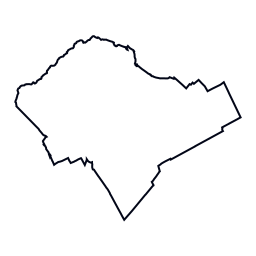 outline of Merei, Buzau, Romania
{"feature_id": "2599482B56691753732557", "entity_name": "Merei", "entity_type": "district", "adm_level": 2, "iso_a3": "ROU", "parent_name": "Romania", "parent_adm1": "Buzau", "projection": "orthographic", "projection_center": [26.654, 45.125], "detail": "fine", "context": "isolated", "style": "outline", "palette": "ink", "viewbox_px": 256, "rotation_deg": 0, "n_neighbors": 0, "source": "geoboundaries", "source_scale": "gbopen_adm2", "svg_char_len": 5305}
<svg xmlns="http://www.w3.org/2000/svg" viewBox="0 0 256 256"><path d="M222.9,131.1L222.7,130.8L222.6,130.5L222.3,129.9L222.2,129.1L222.3,128.5L222.5,128.0L222.4,127.8L222.2,127.7L222.1,127.4L240.6,117.4L232.7,100.9L228.9,93.0L228.9,92.9L226.4,87.6L223.8,82.2L220.6,84.6L220.1,84.9L212.7,88.5L207.6,91.2L204.8,86.3L201.6,83.1L198.6,79.9L193.9,83.8L192.6,82.6L190.9,84.7L189.6,84.1L186.2,88.4L184.7,87.0L182.6,85.0L179.8,82.5L176.9,79.9L174.2,77.6L173.8,78.8L169.6,77.2L168.8,78.0L168.3,78.2L167.6,78.4L166.9,78.4L160.6,78.3L160.1,78.4L158.5,78.0L156.7,77.7L155.5,77.4L153.6,76.7L153.1,76.3L151.9,76.2L151.7,76.0L151.5,75.6L151.4,75.5L151.0,75.5L150.4,75.0L150.5,74.6L150.0,74.3L149.0,73.9L148.5,73.8L148.4,73.7L146.0,71.9L143.5,70.1L142.3,69.3L140.3,67.7L139.9,67.4L138.8,66.4L137.9,65.8L137.4,66.1L136.9,66.1L137.1,64.7L137.1,64.4L136.9,64.3L135.8,65.3L135.7,65.3L135.5,65.1L135.5,64.9L135.5,64.1L135.2,63.9L134.9,63.7L135.1,63.0L135.5,61.4L135.5,59.3L135.4,58.8L135.0,58.2L134.7,57.1L134.6,56.5L134.6,55.0L134.4,53.7L134.0,52.4L133.7,51.5L134.1,51.3L133.7,50.6L133.1,50.0L131.9,49.4L131.1,48.9L129.8,48.1L128.4,46.6L128.2,46.3L127.9,46.0L127.7,46.3L127.3,46.7L126.6,47.2L127.5,49.8L127.0,49.6L126.5,49.2L125.8,47.9L125.1,47.0L124.2,47.0L123.9,46.7L123.7,46.6L123.2,46.6L121.7,46.0L120.4,45.5L119.0,44.8L117.4,45.3L117.2,45.9L116.2,46.3L115.8,46.2L115.4,45.7L115.0,45.7L114.5,45.4L114.2,44.6L113.8,43.8L113.6,43.6L113.8,43.0L113.9,42.6L112.6,41.9L112.2,41.7L111.9,41.7L111.3,41.5L109.7,41.0L107.2,40.1L106.2,39.6L105.5,39.7L105.1,39.7L104.5,39.6L103.9,39.8L103.3,39.6L102.9,39.4L102.1,39.4L101.6,39.7L101.4,39.8L101.2,39.8L101.0,39.6L100.7,39.6L100.0,39.6L99.9,39.7L100.2,39.1L99.9,38.7L99.3,38.3L99.1,38.0L98.8,37.8L98.5,37.6L98.1,37.4L97.7,37.4L97.6,37.6L97.5,37.9L97.3,38.0L97.0,37.8L96.7,37.8L96.4,37.7L95.2,37.1L94.0,36.2L93.4,36.2L92.9,36.3L92.6,36.4L91.1,38.0L90.6,38.4L90.4,38.6L90.1,39.4L89.7,39.9L89.5,40.0L88.8,40.0L88.4,40.1L87.4,40.7L86.6,41.6L85.4,42.5L85.1,42.3L84.8,42.3L84.0,42.7L83.6,42.8L83.4,42.8L83.2,42.6L83.1,42.2L82.9,41.5L83.0,41.5L82.5,40.8L82.1,40.5L81.2,40.3L80.4,40.3L80.0,40.4L78.7,41.2L78.0,41.4L77.2,41.6L76.6,42.1L76.5,42.4L76.3,42.9L76.2,43.1L75.9,43.3L74.8,43.7L74.6,43.8L74.5,44.1L74.4,44.7L73.9,45.4L73.8,45.9L73.9,46.8L73.0,48.2L72.7,48.3L71.8,48.4L71.3,48.5L70.9,48.7L68.9,49.8L68.3,50.1L67.9,50.6L67.7,51.3L67.6,51.5L67.1,51.8L66.9,52.0L67.1,52.9L67.1,53.1L66.9,53.3L66.0,53.6L65.9,53.8L65.3,54.3L64.6,54.7L64.2,54.9L64.0,55.0L63.9,55.7L63.4,56.1L63.3,56.4L63.1,56.6L62.5,56.6L62.3,56.6L60.8,57.1L59.9,57.7L59.5,57.8L59.2,58.0L59.0,58.7L58.1,59.4L57.9,59.6L57.4,60.8L57.2,61.4L57.0,62.1L56.8,62.7L55.8,63.8L55.5,64.6L54.7,65.3L54.2,65.6L52.8,65.8L52.5,65.8L51.9,65.7L51.2,65.7L51.0,65.8L50.7,66.0L50.4,66.4L50.1,66.7L50.1,67.2L50.0,67.4L49.2,68.0L48.5,69.0L47.7,70.2L47.2,70.5L47.0,70.8L46.9,71.3L46.9,71.8L47.0,72.6L46.9,73.2L46.5,73.4L45.8,73.5L42.7,75.7L42.6,76.1L42.4,76.4L41.6,77.0L41.4,77.3L41.4,78.0L41.4,78.5L41.1,78.9L40.8,79.0L39.9,79.1L39.3,79.4L38.7,79.9L38.0,80.3L37.3,80.7L37.1,80.9L36.6,82.1L36.3,82.6L35.4,83.3L35.2,83.4L34.6,83.5L34.4,83.4L34.1,82.8L34.0,82.7L33.5,82.3L33.2,82.3L32.8,82.9L32.1,83.6L31.6,84.3L31.4,84.4L30.9,84.4L29.3,84.1L28.6,84.1L27.5,84.2L26.9,84.1L26.1,84.4L25.4,84.4L25.2,84.5L24.5,85.3L24.0,85.4L23.2,85.4L22.8,85.5L22.4,85.5L21.7,85.6L20.6,86.2L20.4,86.6L19.9,87.0L19.4,88.0L18.3,88.5L18.1,88.8L17.5,90.3L18.4,93.1L17.4,95.1L17.1,96.5L17.1,96.8L16.7,97.6L16.6,98.1L16.6,98.5L15.8,100.3L15.4,101.4L15.4,101.7L15.4,102.1L15.8,102.3L16.0,102.7L16.2,104.3L16.5,105.6L16.4,106.3L26.9,117.0L35.8,126.1L38.6,128.9L39.4,130.3L41.8,133.1L43.0,134.7L44.1,135.4L44.9,135.6L45.8,136.0L46.6,136.8L46.4,136.9L45.8,136.8L45.5,137.1L45.4,137.3L45.2,137.9L43.0,140.9L42.9,141.1L43.2,141.7L43.2,142.2L43.6,143.1L44.3,144.3L43.7,144.7L44.4,145.5L45.3,146.1L45.7,147.1L46.0,147.5L46.2,149.2L46.7,149.8L47.1,150.4L47.6,151.1L48.3,151.9L48.3,152.2L48.4,152.3L48.5,152.6L48.7,152.8L48.8,153.4L48.9,153.9L48.9,154.3L49.3,155.2L49.8,156.6L50.3,155.1L50.6,155.5L50.4,156.4L52.3,160.9L52.4,161.1L52.7,161.5L53.3,162.9L54.1,164.8L55.4,163.8L58.3,162.0L58.8,161.9L59.8,161.7L62.0,161.0L68.1,158.0L69.3,160.7L70.4,162.4L70.7,163.0L74.0,161.7L75.2,161.0L75.8,160.8L76.5,160.4L78.2,159.4L80.9,158.2L81.1,158.2L82.7,161.1L84.8,165.0L86.3,161.1L86.8,159.5L86.8,159.3L88.1,161.2L88.6,161.6L89.7,162.1L90.4,162.5L91.0,162.6L91.4,162.5L91.5,162.4L92.0,162.2L92.0,162.8L92.3,164.5L92.3,164.9L92.2,165.3L92.2,165.5L92.2,166.1L92.2,166.5L92.2,167.0L92.2,167.4L92.7,169.1L92.8,169.4L93.0,169.5L93.7,169.6L94.0,169.7L94.3,170.2L94.8,171.0L98.4,176.3L98.9,176.9L100.7,179.5L102.0,181.3L104.0,184.2L104.7,185.2L105.0,185.6L106.5,187.9L107.0,188.4L107.9,189.7L109.9,193.2L110.0,193.8L111.0,195.5L113.8,200.7L114.4,201.8L117.7,207.9L119.9,211.9L120.2,212.4L122.3,216.4L124.2,219.8L132.0,210.9L145.2,194.9L145.5,194.7L152.1,186.7L153.1,185.6L153.5,185.4L153.5,185.1L153.4,185.0L153.0,184.3L151.8,181.9L152.6,181.2L153.4,180.2L154.0,179.2L155.9,176.8L156.9,175.4L157.1,175.0L158.0,173.8L158.5,173.1L158.9,172.4L159.2,171.9L159.5,171.6L159.8,171.4L158.3,165.9L159.3,165.2L160.6,164.4L161.2,163.7L163.4,162.4L165.4,161.3L170.4,158.8L170.7,159.4L170.8,159.3L170.9,159.5L171.3,159.3L195.2,146.3L195.2,146.2L222.9,131.1Z" fill="none" stroke="#020617" stroke-width="2"/></svg>